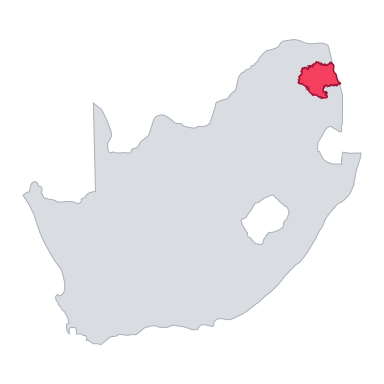 Mopani, Limpopo, South Africa (highlighted)
{"feature_id": "47623444B84816538378710", "entity_name": "Mopani", "entity_type": "district", "adm_level": 2, "iso_a3": "ZAF", "parent_name": "South Africa", "parent_adm1": "Limpopo", "projection": "robinson", "projection_center": [30.66, -23.827], "detail": "fine", "context": "in_parent", "style": "filled", "palette": "rose", "viewbox_px": 384, "rotation_deg": 0, "n_neighbors": 0, "source": "geoboundaries", "source_scale": "gbopen_adm2", "svg_char_len": 7596}
<svg xmlns="http://www.w3.org/2000/svg" viewBox="0 0 384 384"><path d="M283.1,41.1L294.2,39.5L299.2,40.4L305.2,43.0L310.8,43.9L320.3,43.0L323.6,43.4L326.2,44.3L328.1,45.6L330.8,55.9L333.2,66.8L333.1,70.4L333.4,71.7L336.1,76.4L337.1,79.3L338.7,81.6L342.1,93.3L342.5,95.3L342.4,123.6L341.1,127.0L341.7,131.5L340.1,132.0L330.6,126.4L329.0,126.6L326.3,128.7L323.9,132.0L322.7,134.8L318.0,142.5L317.6,147.3L318.0,151.4L319.6,151.6L320.7,154.6L323.3,159.3L327.7,162.4L331.7,163.8L337.3,164.1L341.8,164.0L341.5,160.8L342.6,152.2L350.0,153.3L361.0,153.0L360.2,158.6L356.1,171.3L353.6,185.6L350.3,192.8L348.4,195.8L343.1,201.0L340.3,202.8L338.0,203.4L328.9,214.0L325.5,219.1L322.4,226.6L319.5,230.7L315.1,239.5L307.4,252.4L301.0,260.9L298.1,263.4L296.2,264.5L291.1,269.4L283.9,277.4L278.4,284.4L270.2,292.4L265.4,295.9L258.3,302.7L256.4,303.7L248.4,310.1L242.6,314.0L233.3,318.5L229.6,319.8L220.7,318.6L217.0,319.2L213.9,321.9L213.7,325.8L212.4,326.4L204.2,324.6L200.9,324.9L199.0,327.0L197.4,329.6L192.8,329.8L184.4,327.0L174.6,325.4L172.3,325.2L167.6,327.2L165.9,327.5L159.0,327.1L155.2,325.8L151.5,325.8L148.7,326.9L145.3,327.2L136.3,334.6L131.6,334.6L127.5,335.4L120.2,334.4L118.1,334.9L115.9,336.2L111.0,336.7L109.1,337.8L101.0,344.5L97.6,343.8L93.2,343.7L88.2,340.2L86.3,340.4L86.8,339.3L86.9,337.4L85.1,335.5L83.2,335.6L82.1,334.0L79.1,333.9L76.7,334.3L76.0,328.2L74.9,327.6L71.9,327.4L70.5,327.6L69.8,328.2L69.1,329.6L69.3,333.9L68.2,332.7L66.9,330.1L66.4,327.4L66.7,324.1L68.9,322.9L68.1,318.7L64.4,311.6L62.2,310.1L60.4,306.4L58.7,305.1L57.9,302.5L56.2,300.5L55.5,297.3L56.3,295.4L57.7,294.4L59.2,296.0L61.0,295.4L63.5,293.0L64.8,289.5L64.7,283.8L64.2,280.2L61.8,271.1L60.8,269.0L55.9,262.4L50.3,253.6L43.0,239.8L39.4,231.4L34.0,214.6L29.3,205.1L23.7,196.2L23.0,195.7L23.8,194.6L26.6,192.5L27.9,192.0L28.6,192.2L29.2,191.7L29.9,190.3L30.2,187.1L31.5,183.8L32.6,182.4L35.1,181.5L37.1,182.7L37.9,184.0L38.3,185.6L39.2,186.3L40.5,186.3L41.5,187.3L42.1,189.3L42.1,190.7L41.3,191.7L41.4,192.8L42.5,194.3L43.7,197.6L48.9,199.3L51.8,199.5L54.6,200.3L57.2,201.8L61.5,202.1L67.4,201.4L72.3,201.7L76.2,203.1L79.0,203.4L80.7,202.5L81.4,201.2L81.1,199.5L82.0,198.5L83.9,198.0L85.4,196.7L86.5,194.6L89.2,192.9L93.4,191.6L95.5,191.6L93.4,103.0L101.1,109.1L102.9,111.9L106.8,120.2L110.8,130.4L111.6,135.4L111.4,136.5L107.7,143.2L107.6,146.5L108.2,150.4L109.1,152.3L110.2,153.0L112.9,152.0L117.1,153.0L125.0,152.6L129.0,153.1L130.0,152.8L130.8,152.0L131.8,149.6L132.7,148.9L136.4,147.8L138.0,146.5L140.5,141.9L148.3,135.7L149.1,134.2L153.8,119.4L155.3,117.3L157.4,115.9L161.7,114.8L164.3,115.4L167.1,116.7L170.2,118.8L174.9,122.9L176.5,123.5L181.1,123.6L184.0,126.3L192.6,128.1L195.1,128.0L197.8,126.5L202.3,126.6L207.0,125.6L209.9,123.0L215.3,106.8L215.9,103.2L216.5,102.3L221.0,100.4L226.5,99.0L227.6,98.3L231.1,93.8L235.6,90.0L238.6,77.1L240.7,74.0L241.9,72.7L242.7,72.7L243.9,71.9L245.4,70.3L247.2,69.3L249.2,69.0L250.6,67.9L251.2,66.2L252.2,65.3L253.8,65.4L254.6,64.8L254.8,63.7L258.2,60.9L258.3,59.8L260.2,57.0L264.0,52.7L267.5,50.3L270.9,49.8L277.1,47.6L279.3,45.5L280.7,42.7L283.1,41.1ZM273.6,232.1L279.0,230.0L283.0,227.1L283.9,221.8L287.0,218.6L288.1,215.6L289.0,211.4L287.1,207.1L284.6,205.8L280.0,202.0L278.0,199.5L275.2,197.4L273.2,194.8L270.1,195.6L265.2,197.7L262.1,199.6L259.6,201.8L255.0,203.4L250.8,210.6L249.4,212.2L246.0,217.4L241.2,220.0L241.1,220.9L242.7,225.2L245.0,229.4L247.4,232.8L247.3,235.0L248.1,236.6L250.3,237.8L253.9,242.1L255.6,243.5L261.1,244.5L261.9,244.3L263.3,241.7L263.5,239.9L267.1,234.3L268.6,232.6L273.6,232.1Z" fill="#d9dde1" stroke="#a8b0b8" stroke-width="1"/><path d="M308.9,91.0L309.8,92.3L310.4,92.7L311.1,93.2L311.6,93.8L312.1,94.0L312.4,94.8L312.5,95.0L312.8,94.8L312.8,94.7L313.0,94.8L313.0,95.0L313.4,94.8L313.5,94.8L314.1,94.9L314.1,94.7L314.6,95.1L315.9,95.1L316.4,95.2L317.1,95.3L317.9,96.3L319.4,97.2L320.2,96.9L321.1,96.8L321.2,98.3L323.2,98.0L326.8,97.6L327.3,96.3L326.3,94.5L325.4,94.8L325.4,93.3L327.1,93.0L326.2,91.6L325.2,91.9L324.2,92.0L323.2,92.0L323.3,90.8L323.2,89.8L323.1,88.7L324.3,87.7L324.1,87.0L324.5,87.1L324.6,86.4L323.9,86.5L323.4,86.4L323.5,86.4L323.6,86.2L324.0,86.0L324.2,85.9L324.6,85.9L324.8,86.0L325.1,85.9L325.5,85.7L325.6,85.3L325.7,85.1L326.0,85.0L326.4,85.2L326.6,85.3L327.0,85.6L327.2,85.9L327.2,86.0L327.3,86.6L327.6,86.6L327.8,86.5L328.2,86.0L328.3,86.0L328.6,86.2L329.3,86.0L329.6,85.9L330.0,85.5L330.2,85.8L330.3,85.8L330.8,85.6L331.0,85.5L331.1,85.3L331.2,85.1L331.2,84.7L331.4,84.7L331.7,84.9L332.1,85.0L332.6,85.2L332.7,85.3L332.9,85.5L333.1,85.6L333.3,85.6L333.4,85.2L333.5,85.1L333.9,85.0L334.0,85.1L334.1,85.4L334.3,85.5L334.5,85.6L334.7,85.4L334.7,85.1L335.0,84.8L335.2,84.6L335.6,84.6L335.8,84.6L336.0,84.7L336.1,85.3L336.2,85.6L336.3,85.7L336.7,85.7L337.0,85.6L337.3,85.4L337.4,85.2L337.3,84.7L337.4,84.4L337.6,84.3L337.7,84.2L338.1,83.8L338.3,83.8L338.5,83.9L338.6,84.0L338.8,84.1L339.0,84.2L339.2,83.9L339.8,83.9L340.4,83.8L340.4,83.4L340.4,83.1L338.1,81.5L336.6,77.5L336.4,75.3L335.9,74.4L333.8,71.7L333.5,70.0L333.7,66.6L333.7,65.7L333.8,65.6L333.7,65.4L333.4,65.2L333.4,64.9L333.3,64.7L333.2,64.6L332.9,64.5L332.7,64.2L332.5,63.9L332.4,63.9L332.0,63.8L332.0,63.6L331.9,63.5L331.7,63.5L331.6,63.4L331.6,62.9L331.4,62.7L331.1,62.6L330.8,62.3L330.7,62.3L330.2,62.4L330.1,62.6L329.9,62.7L329.9,62.8L329.9,63.0L330.0,63.0L329.9,63.3L329.7,63.5L329.4,63.7L329.3,63.8L329.3,64.0L329.1,64.1L328.9,64.3L328.7,64.2L328.4,64.3L328.3,64.2L328.2,64.3L327.9,64.6L327.5,64.6L327.4,64.8L327.5,64.9L327.4,65.0L327.2,65.1L326.8,65.3L326.7,65.3L326.4,65.4L326.2,65.1L325.8,65.0L325.5,65.1L325.6,64.8L325.6,64.7L325.3,64.6L325.2,64.6L325.1,64.4L324.9,64.5L324.8,64.4L324.7,64.2L324.6,64.3L324.4,64.5L324.2,64.8L324.1,65.0L323.9,65.2L323.7,64.9L323.4,64.7L323.2,64.4L322.9,64.4L322.9,64.7L322.8,64.8L322.6,64.7L322.6,64.4L322.4,64.2L322.2,64.3L321.9,64.3L321.8,64.2L321.7,64.2L321.4,64.3L321.4,64.2L321.3,64.3L321.3,64.2L321.2,64.1L321.0,64.3L320.9,64.4L320.6,63.4L320.5,63.5L320.4,63.5L320.1,63.5L320.1,63.4L319.9,63.4L319.9,63.5L319.7,63.7L319.5,63.3L319.5,63.2L319.3,63.1L319.2,63.1L318.9,63.1L318.6,62.9L318.8,62.8L318.8,62.7L318.6,62.5L318.6,62.3L318.3,62.4L318.2,62.5L317.9,62.5L317.8,62.3L317.7,62.2L317.4,62.2L317.3,62.3L317.2,62.4L317.1,62.2L316.9,62.1L316.6,62.1L316.6,61.9L316.4,61.8L314.8,63.9L314.3,64.5L314.3,64.3L314.2,64.3L314.0,64.2L314.0,64.3L313.9,64.3L313.9,64.5L313.7,64.5L313.6,64.4L313.3,64.4L313.2,64.4L312.1,65.4L312.4,66.7L312.0,66.6L311.9,66.3L311.7,66.2L311.4,66.0L311.1,65.9L310.9,65.9L310.7,66.1L310.4,66.2L310.2,66.3L310.1,66.6L309.7,65.7L308.9,66.1L308.2,66.1L308.5,66.9L308.8,67.3L309.0,67.6L308.9,67.7L308.7,67.9L308.7,68.0L308.7,68.3L308.4,68.7L308.3,68.9L308.2,69.1L307.4,69.4L307.0,68.6L306.9,67.9L306.2,67.5L304.4,67.7L304.3,68.3L303.7,68.3L303.2,68.5L302.8,68.9L302.3,69.0L302.6,68.2L302.1,68.3L302.0,69.1L302.2,69.3L302.1,69.6L302.2,70.4L301.9,70.6L301.7,70.5L301.4,70.9L301.2,71.4L301.7,71.3L301.8,71.9L301.6,72.2L302.3,73.0L302.2,73.1L302.0,73.9L301.6,74.2L301.3,74.4L300.7,74.8L300.2,75.2L300.2,75.5L300.5,76.0L299.9,76.1L299.2,76.3L299.0,76.5L299.1,77.3L299.0,77.7L299.0,78.0L299.6,78.4L299.5,78.7L299.8,79.3L299.4,79.7L298.8,79.9L299.1,80.1L298.9,80.7L299.2,80.9L299.1,81.2L299.1,81.4L299.1,81.5L299.0,81.9L299.0,82.0L298.9,82.1L298.7,82.2L298.3,82.3L298.5,83.0L298.8,82.9L299.1,82.9L299.2,83.2L299.2,83.3L300.0,83.8L300.3,83.8L300.6,84.0L301.1,84.1L301.6,83.8L302.2,83.6L302.8,84.5L305.8,86.3L306.2,87.6L307.4,86.5L308.0,87.3L308.8,88.3L308.7,88.5L308.6,88.4L307.7,88.8L307.0,89.4L308.3,89.9L308.5,89.6L308.8,90.7L308.9,91.0Z" fill="#f43f5e" stroke="#9f1239" stroke-width="1.5"/></svg>